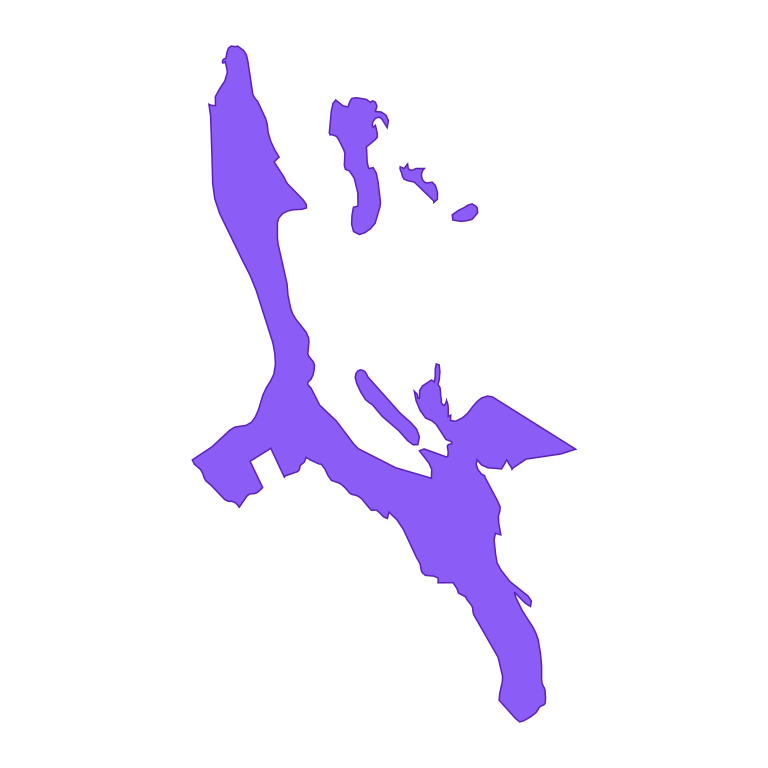 map outline of Quezon (Equal Earth projection)
{"feature_id": "PHL-2572", "entity_name": "Quezon", "entity_type": "Province", "adm_level": 1, "iso_a3": "PHL", "parent_name": "Philippines", "parent_adm1": "", "projection": "equal_earth", "projection_center": [122.011, 14.191], "detail": "fine", "context": "isolated", "style": "filled", "palette": "violet", "viewbox_px": 768, "rotation_deg": 0, "n_neighbors": 0, "source": "natural_earth", "source_scale": "10m", "svg_char_len": 5123}
<svg xmlns="http://www.w3.org/2000/svg" viewBox="0 0 768 768"><path d="M237.6,46.1L243.1,50.0L246.3,54.5L247.8,60.9L252.8,94.2L254.6,97.9L257.7,101.5L265.6,118.5L267.2,124.1L268.2,133.0L270.9,141.7L274.8,149.9L279.1,157.2L277.8,158.2L275.3,160.8L274.1,161.8L284.2,177.6L285.8,181.1L287.7,184.0L303.2,199.9L306.2,204.4L306.5,207.9L301.9,209.3L292.9,209.8L287.5,211.1L282.6,213.6L278.8,217.9L277.4,223.1L277.4,237.8L278.0,243.6L287.0,283.5L288.0,295.5L290.7,308.4L292.6,313.8L295.7,319.0L306.1,332.2L308.6,337.9L308.9,342.5L307.8,353.9L308.8,356.3L313.5,362.1L314.5,365.2L314.1,370.4L312.9,375.4L310.8,379.5L307.8,382.3L307.8,384.5L311.1,388.2L319.7,405.2L336.4,421.0L353.6,443.9L358.3,448.7L395.8,467.8L431.4,478.2L431.7,469.3L428.9,463.0L419.4,450.8L424.1,448.9L446.6,457.0L447.8,456.2L448.2,451.9L447.3,446.2L448.2,444.6L451.6,443.7L451.6,441.7L445.9,439.4L436.3,424.6L432.2,421.0L425.6,418.0L420.1,410.4L416.1,400.7L414.3,391.3L416.9,393.8L417.4,395.3L417.9,398.3L419.4,398.3L419.6,390.6L422.4,386.0L431.4,380.0L434.4,381.9L435.2,376.4L435.3,368.6L436.3,363.9L439.2,364.9L439.9,371.5L439.3,379.4L438.1,384.5L440.0,387.6L440.5,391.5L440.7,395.8L441.5,400.4L441.1,401.7L441.6,403.0L443.2,405.2L444.3,405.3L445.4,403.8L446.2,401.9L446.5,400.4L447.8,404.1L448.3,408.0L448.2,416.5L450.7,415.1L450.5,420.5L455.6,421.2L462.3,417.9L467.2,413.8L474.0,405.0L477.9,400.8L481.7,397.9L487.6,396.0L492.6,397.0L575.7,449.2L560.6,454.0L526.1,459.1L512.7,468.2L512.0,469.3L511.5,467.7L508.3,462.9L507.6,460.9L506.8,460.0L501.6,468.9L487.6,467.7L481.6,465.0L477.0,459.8L476.2,464.4L478.0,469.6L481.3,473.9L484.6,475.7L485.5,478.3L497.6,501.0L500.1,506.9L499.9,511.0L498.4,515.9L498.7,522.9L500.8,534.9L495.4,533.3L494.1,539.7L495.6,554.5L497.1,562.8L500.9,570.0L510.1,581.7L527.9,595.9L531.4,601.1L530.5,606.5L524.8,602.8L514.3,592.1L515.8,597.4L522.2,610.6L533.1,627.5L535.9,633.2L538.2,639.9L540.5,653.6L541.6,666.0L541.6,679.6L542.1,683.3L543.1,685.9L544.3,687.9L545.0,690.1L545.5,697.0L545.4,701.0L545.0,703.7L543.7,704.9L541.3,705.9L539.2,707.2L538.2,709.4L535.7,712.9L530.0,717.2L523.8,720.7L519.7,721.9L515.4,718.4L499.1,700.2L499.7,693.5L502.3,681.7L502.6,676.4L498.1,657.3L473.7,614.7L473.1,612.4L472.6,608.1L471.8,605.8L467.1,599.8L465.5,596.8L458.5,593.1L456.9,588.5L453.0,582.7L438.0,582.8L438.2,578.1L433.8,576.1L425.4,575.4L422.1,572.5L421.1,569.8L420.2,564.1L418.7,561.2L416.7,557.9L403.4,529.5L397.1,520.0L388.9,512.1L387.4,518.5L383.7,517.0L379.5,512.6L376.3,510.0L371.5,510.3L370.6,509.6L361.7,498.8L358.5,496.4L355.5,495.2L352.7,494.6L350.1,493.5L345.0,487.7L342.2,485.1L339.4,483.2L331.4,480.4L327.9,475.4L325.1,469.3L321.3,464.2L319.2,464.0L309.9,459.8L306.1,457.3L304.5,461.9L300.2,465.5L299.3,469.9L297.4,471.7L285.7,475.7L284.3,477.1L270.8,448.3L250.1,461.3L262.7,487.6L258.0,492.0L256.2,493.0L254.4,493.6L250.2,493.9L249.1,494.3L246.7,496.4L239.2,507.2L238.3,505.7L235.4,502.9L232.0,501.3L228.3,501.3L224.7,499.6L211.5,485.7L205.9,480.9L204.2,478.0L202.6,473.1L200.4,469.3L194.4,464.3L192.3,459.9L212.0,446.8L229.9,430.1L235.1,427.0L246.0,425.4L251.5,422.3L255.4,416.8L258.4,409.9L262.9,395.1L266.6,387.2L270.6,381.0L273.9,374.1L275.4,364.1L274.8,353.5L272.9,343.0L256.2,290.4L249.8,274.8L242.3,260.1L240.9,257.2L219.6,213.4L214.8,198.9L212.7,183.8L211.8,151.8L210.6,115.7L208.9,104.3L210.4,105.0L212.1,105.4L213.8,105.6L215.5,105.5L215.3,96.7L219.6,88.8L224.8,81.0L227.3,72.5L227.0,69.6L225.3,61.8L224.8,62.3L223.7,62.9L222.7,62.9L222.4,61.7L223.1,59.6L224.2,58.9L225.4,58.6L225.9,58.2L227.0,52.3L228.5,48.1L231.1,46.1L235.6,46.7L237.5,46.1L237.6,46.1ZM375.4,111.5L381.2,112.0L386.0,115.2L388.4,120.6L387.2,127.6L381.9,119.1L379.1,117.1L375.4,118.3L372.9,121.7L372.3,125.3L373.2,127.2L375.4,125.3L377.3,133.4L377.3,137.3L375.0,139.9L367.1,146.4L366.2,147.4L366.6,149.0L367.1,160.8L367.6,164.1L368.7,168.5L373.2,167.7L376.3,173.2L378.0,181.6L380.5,202.5L379.9,207.1L375.1,223.3L370.3,228.9L364.5,232.9L359.3,234.5L353.5,231.5L351.6,224.2L352.0,215.3L353.4,207.3L358.0,206.0L357.8,193.0L354.2,178.0L349.2,170.8L345.4,169.3L344.3,165.4L344.9,153.6L343.9,150.1L338.5,139.3L336.5,136.4L332.5,134.8L330.1,134.9L329.3,133.0L331.3,111.0L333.0,103.4L335.7,100.0L343.1,105.9L347.9,106.9L350.0,101.2L351.9,98.4L356.3,97.7L366.5,99.4L370.4,102.5L372.6,100.8L375.4,102.2L376.9,106.1L375.4,111.5ZM400.0,413.0L411.1,422.9L416.7,429.3L419.4,436.9L417.8,444.7L413.2,444.8L407.7,440.7L398.5,430.4L382.3,416.5L372.4,404.7L369.5,402.9L365.5,399.6L360.7,392.0L356.8,383.6L355.2,377.7L355.9,373.6L357.9,370.8L360.5,369.8L363.6,370.7L365.2,371.9L366.2,373.5L368.1,377.2L400.0,413.0ZM432.1,182.1L435.3,185.3L437.5,192.3L437.4,199.3L433.8,202.5L433.7,200.9L414.3,182.1L407.5,180.6L404.0,179.1L402.5,176.5L401.5,172.7L400.0,168.9L400.2,166.8L404.2,168.5L404.9,167.3L407.6,164.0L408.2,168.5L410.1,170.2L412.8,170.0L416.0,168.5L424.4,168.5L422.7,170.5L421.6,173.2L421.5,176.5L422.7,180.1L425.0,182.5L427.6,183.0L432.1,182.1ZM475.7,206.0L477.3,208.0L477.6,212.9L472.2,219.3L466.6,220.7L461.4,221.4L452.9,220.1L452.2,214.9L458.4,210.4L464.0,207.7L468.0,205.1L472.0,203.9L475.7,206.0Z" fill="#8b5cf6" stroke="#5b21b6" stroke-width="1.5"/></svg>